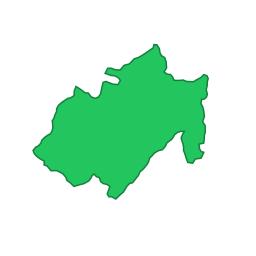 Itaoca, São Paulo, Brazil, rotated 151°
{"feature_id": "56859067B84955452405179", "entity_name": "Itaoca", "entity_type": "district", "adm_level": 2, "iso_a3": "BRA", "parent_name": "Brazil", "parent_adm1": "São Paulo", "projection": "robinson", "projection_center": [-48.845, -24.614], "detail": "fine", "context": "isolated", "style": "filled", "palette": "green", "viewbox_px": 256, "rotation_deg": 151, "n_neighbors": 0, "source": "geoboundaries", "source_scale": "gbopen_adm2", "svg_char_len": 2068}
<svg xmlns="http://www.w3.org/2000/svg" viewBox="0 0 256 256"><g transform="rotate(151 128 128)"><path d="M73.5,70.0L75.5,72.1L75.5,75.1L73.8,79.5L69.1,78.1L67.2,80.6L64.6,84.8L62.5,86.8L61.1,89.3L59.3,92.8L59.7,97.3L55.6,101.0L53.4,106.5L52.4,110.2L52.3,114.0L49.8,117.3L47.2,116.3L44.4,117.0L42.3,119.0L40.9,123.7L38.4,126.4L36.0,130.2L33.9,132.4L33.6,135.4L35.8,137.9L39.9,136.8L45.2,136.9L48.3,136.7L51.4,138.6L54.2,140.3L56.5,143.2L60.4,144.9L64.5,147.3L64.3,151.2L64.9,154.1L67.7,156.2L69.3,159.5L65.1,161.9L62.5,167.5L61.8,171.8L63.7,175.2L63.5,178.5L62.1,182.2L62.4,186.8L64.9,188.4L67.2,185.8L74.7,185.2L77.5,184.9L80.1,184.7L84.8,184.6L88.9,185.5L95.7,183.4L101.1,184.7L106.7,182.5L111.0,185.2L113.5,188.2L116.7,190.1L121.5,186.9L117.4,182.2L114.3,180.1L112.1,176.6L111.6,173.3L115.7,170.8L120.0,173.7L124.8,179.5L127.6,180.0L131.3,176.0L135.6,171.0L139.1,169.4L142.4,169.9L145.1,173.1L145.8,177.9L148.4,179.5L149.6,182.3L151.0,185.2L153.3,189.5L157.0,186.5L159.5,182.5L163.5,182.2L166.2,183.1L169.9,182.8L173.5,182.5L177.9,181.5L180.9,179.6L182.6,177.0L185.7,174.7L188.2,172.3L190.8,171.0L192.0,167.9L193.7,164.4L196.3,161.9L198.6,160.6L201.5,160.6L204.9,160.3L209.0,159.2L211.7,157.0L215.0,155.8L218.0,156.0L221.9,154.4L222.4,150.7L221.5,147.3L220.0,144.0L217.3,139.5L219.3,136.3L217.2,134.1L216.1,128.0L211.2,125.4L209.1,122.6L207.1,119.4L206.3,115.3L206.8,111.6L204.9,107.7L203.6,103.1L197.7,101.8L193.6,100.7L188.0,100.7L184.8,102.1L182.5,103.7L180.0,104.2L179.2,100.7L177.1,98.5L177.9,94.4L176.6,91.4L173.7,88.8L172.2,85.7L174.9,83.2L178.1,80.5L178.1,77.1L175.5,75.7L173.1,71.8L167.0,73.5L163.1,74.2L160.3,75.8L156.9,77.7L153.4,78.7L150.5,77.9L146.7,79.5L141.8,81.5L139.1,83.7L134.2,84.8L129.0,86.9L126.4,88.5L123.7,91.1L119.9,92.2L117.0,93.3L112.2,93.4L108.4,92.3L104.2,93.9L101.1,96.1L95.7,96.8L93.1,97.9L90.4,99.6L86.7,100.1L83.5,99.5L80.4,97.7L83.2,96.1L86.2,93.7L87.1,90.3L87.7,87.4L88.5,84.6L90.3,81.5L90.8,77.6L91.8,73.3L92.4,68.9L88.5,65.9L84.1,68.2L78.8,66.2L76.2,67.9L73.5,70.0Z" fill="#22c55e" stroke="#15803d" stroke-width="1.5"/></g></svg>